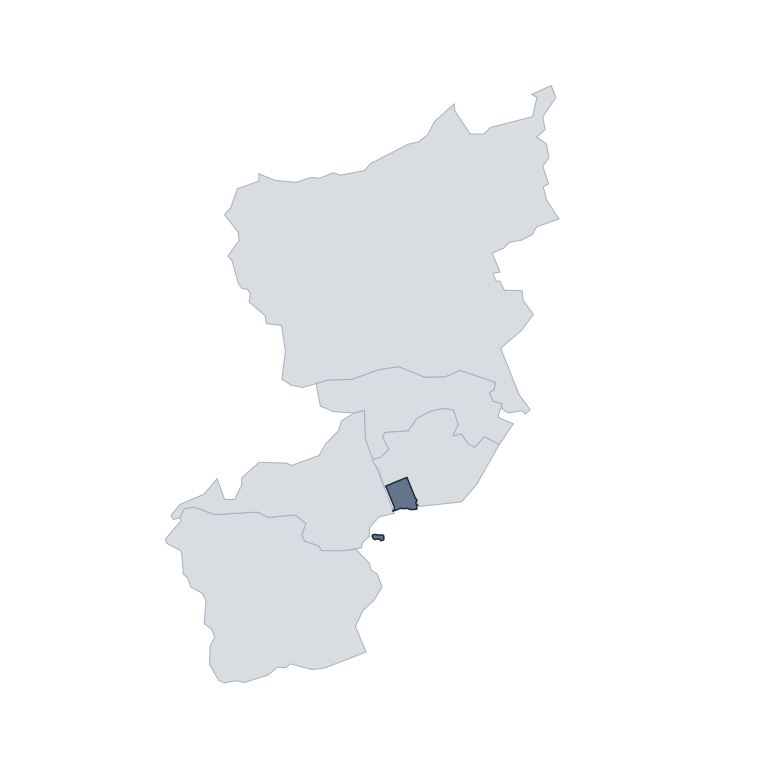 map of Equatorial Guinea with Democratic Republic of the Congo, Nigeria, Cameroon and 2 others greyed out, rotated 248°
{"feature_id": "GNQ", "entity_name": "Equatorial Guinea", "entity_type": "country or territory", "adm_level": 0, "iso_a3": "GNQ", "parent_name": "Africa", "parent_adm1": "", "projection": "natural_earth1", "projection_center": [9.725, 2.359], "detail": "fine", "context": "with_neighbors", "style": "filled", "palette": "slate", "viewbox_px": 768, "rotation_deg": 248, "n_neighbors": 5, "source": "natural_earth", "source_scale": "50m", "svg_char_len": 4142}
<svg xmlns="http://www.w3.org/2000/svg" viewBox="0 0 768 768"><g transform="rotate(248 384 384)"><path d="M593.5,454.7L597.3,496.5L595.5,506.8L598.8,518.2L608.5,529.2L617.4,554.0L610.7,552.0L583.4,557.6L578.4,570.2L582.0,578.9L576.2,621.9L592.4,633.1L597.1,629.5L598.1,650.8L585.2,650.6L572.4,631.4L559.5,628.6L555.9,618.3L545.5,624.5L532.0,621.8L526.5,612.8L507.9,611.5L507.0,605.4L493.5,603.7L471.5,608.0L472.6,584.6L467.0,577.3L465.9,565.2L468.5,553.3L465.1,545.7L464.9,533.3L444.3,533.5L445.9,526.4L437.2,526.5L436.3,529.9L425.8,530.7L418.9,547.0L409.5,544.3L392.7,548.6L382.4,532.0L373.5,505.5L323.4,505.3L305.5,509.9L303.2,503.8L307.5,501.7L310.8,488.1L317.0,484.0L321.4,486.0L327.2,478.5L336.5,478.6L337.6,484.2L343.9,487.7L368.1,459.5L367.6,443.3L375.0,424.2L394.0,404.6L395.9,398.3L399.1,384.3L400.3,355.8L408.7,333.0L411.2,307.4L417.7,297.4L426.8,291.1L451.6,305.0L476.7,310.8L484.1,297.4L491.8,299.4L510.7,289.6L517.4,293.7L522.9,293.1L525.4,288.4L531.7,286.7L555.4,289.2L561.0,287.1L571.3,303.3L579.0,305.7L600.8,299.6L604.9,308.0L619.9,321.0L619.0,344.0L625.8,346.7L613.9,358.9L603.8,378.3L602.9,394.0L598.9,401.5L598.8,416.4L593.9,421.8L589.3,445.8L593.5,454.7Z" fill="#d9dde1" stroke="#a8b0b8" stroke-width="1"/><path d="M142.2,267.0L142.9,222.7L146.2,210.3L159.7,192.1L157.9,186.8L161.3,178.9L157.6,167.2L159.5,143.1L164.4,135.2L166.8,123.8L171.3,119.6L189.4,117.2L206.2,124.6L212.5,132.0L221.1,132.4L229.1,127.5L249.5,137.7L258.1,137.2L268.0,128.8L277.9,129.4L282.8,126.7L304.9,133.6L318.0,122.6L322.0,123.3L333.5,144.9L336.6,144.5L343.4,152.3L340.7,162.4L326.5,177.6L312.7,218.6L303.7,226.7L295.7,252.8L284.1,259.4L274.6,251.3L268.1,251.6L258.0,263.1L253.1,263.3L240.7,296.2L223.1,303.3L216.6,302.2L210.1,306.6L196.5,306.2L187.4,293.9L181.9,279.7L169.9,266.7L142.2,267.0Z" fill="#d9dde1" stroke="#a8b0b8" stroke-width="1"/><path d="M341.9,137.1L348.7,149.7L349.3,175.8L358.6,193.7L336.7,192.9L333.0,202.2L343.0,213.7L350.4,217.1L358.2,238.8L347.1,264.0L343.1,267.6L342.1,297.0L350.2,307.2L357.9,324.4L365.7,330.8L368.3,345.4L367.1,356.0L339.8,346.2L260.2,345.1L262.7,329.6L256.0,316.6L248.3,313.3L244.8,304.5L240.5,301.6L245.1,282.3L253.1,263.3L258.0,263.1L268.1,251.6L274.6,251.3L284.1,259.4L295.7,252.8L303.7,226.7L312.7,218.6L326.5,177.6L340.7,162.4L343.4,152.3L336.6,144.5L337.2,138.2L341.9,137.1Z" fill="#d9dde1" stroke="#a8b0b8" stroke-width="1"/><path d="M409.7,321.1L408.7,333.0L400.3,355.8L399.1,384.3L395.9,398.3L394.0,404.6L375.0,424.2L367.6,443.3L368.1,459.5L343.9,487.7L337.6,484.2L336.5,478.6L327.2,478.5L321.4,486.0L310.6,477.2L298.6,489.0L284.7,468.2L297.6,457.4L291.2,444.4L297.1,439.4L308.5,437.0L309.9,428.3L319.0,437.7L334.0,438.6L339.2,429.3L341.3,416.2L339.5,400.9L331.4,389.2L338.8,366.5L334.5,362.6L321.9,364.2L317.2,354.0L318.4,345.4L339.8,346.2L367.1,356.0L368.3,345.4L377.2,327.1L387.3,316.7L409.7,321.1Z" fill="#d9dde1" stroke="#a8b0b8" stroke-width="1"/><path d="M287.8,345.6L306.2,346.9L316.3,344.4L318.4,345.4L317.2,354.0L321.9,364.2L334.5,362.6L338.8,366.5L331.4,389.2L339.5,400.9L341.3,416.2L339.2,429.3L334.0,438.6L319.0,437.7L309.9,428.3L308.5,437.0L297.1,439.4L291.2,444.4L297.6,457.4L284.7,468.2L256.0,432.1L245.7,411.8L257.5,370.1L288.0,369.2L287.8,345.6Z" fill="#d9dde1" stroke="#a8b0b8" stroke-width="1"/><path d="M288.7,347.4L288.7,351.9L288.8,355.8L288.8,360.0L288.8,364.3L288.8,368.0L288.8,370.3L285.4,370.3L280.7,370.3L276.1,370.3L271.5,370.3L269.2,370.3L266.6,370.3L265.8,370.4L265.2,371.0L264.6,371.1L263.8,370.6L262.8,370.4L262.6,369.8L262.1,368.9L261.1,368.8L260.6,368.9L260.0,369.4L259.2,369.7L259.3,369.3L257.8,368.1L256.7,368.0L255.7,367.6L256.5,364.5L257.5,361.8L259.1,359.7L259.9,359.2L260.2,358.2L261.4,354.8L262.9,352.1L262.4,349.3L262.8,344.7L263.2,344.8L263.3,345.3L263.4,345.9L263.9,346.5L265.8,347.4L271.4,347.4L274.7,347.4L279.6,347.4L284.8,347.4L288.7,347.4ZM244.7,316.1L245.1,316.2L247.6,316.1L248.3,317.2L248.2,318.7L245.6,323.2L245.1,325.0L244.1,326.6L243.3,326.8L240.2,325.8L239.7,325.3L239.6,324.5L239.8,322.7L240.1,322.2L241.5,321.8L242.0,321.6L242.8,319.6L243.0,317.9L243.7,316.6L244.7,316.1Z" fill="#64748b" stroke="#1e293b" stroke-width="1.5"/></g></svg>